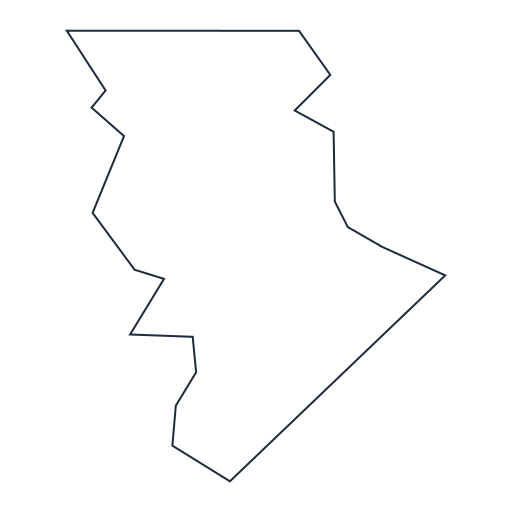 Mallakastër, Fier, Albania
{"feature_id": "67620474B72354996665991", "entity_name": "Mallakastër", "entity_type": "district", "adm_level": 2, "iso_a3": "ALB", "parent_name": "Albania", "parent_adm1": "Fier", "projection": "orthographic", "projection_center": [19.767, 40.529], "detail": "fine", "context": "isolated", "style": "outline", "palette": "slate", "viewbox_px": 512, "rotation_deg": 0, "n_neighbors": 0, "source": "geoboundaries", "source_scale": "gbopen_adm2", "svg_char_len": 396}
<svg xmlns="http://www.w3.org/2000/svg" viewBox="0 0 512 512"><path d="M134.7,269.8L164.0,278.9L130.1,334.5L192.7,336.8L196.1,372.3L175.8,405.7L172.4,445.7L229.9,481.3L445.2,275.4L382.4,247.0L347.8,227.1L334.8,201.5L333.6,131.8L294.7,110.5L330.3,74.9L299.0,30.8L66.8,30.7L105.6,90.5L91.6,107.6L124.0,136.1L92.6,212.9L134.6,269.7L134.7,269.8Z" fill="none" stroke="#1e293b" stroke-width="2"/></svg>